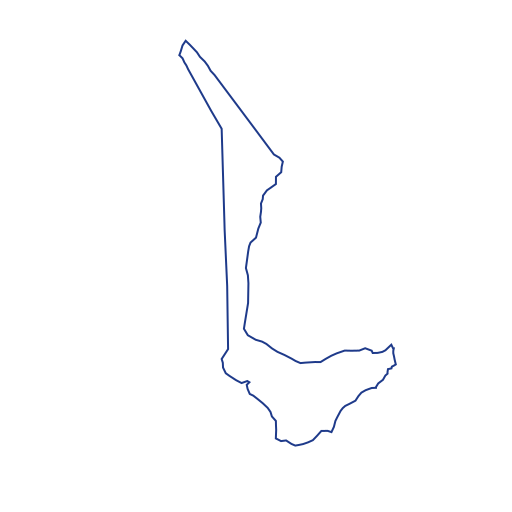 the district of Androlikou, Paphos, Cyprus, rotated 33°
{"feature_id": "46923920B67350241832672", "entity_name": "Androlikou", "entity_type": "district", "adm_level": 2, "iso_a3": "CYP", "parent_name": "Cyprus", "parent_adm1": "Paphos", "projection": "equal_earth", "projection_center": [32.356, 35.027], "detail": "fine", "context": "isolated", "style": "outline", "palette": "blue", "viewbox_px": 512, "rotation_deg": 33, "n_neighbors": 0, "source": "geoboundaries", "source_scale": "gbopen_adm2", "svg_char_len": 1882}
<svg xmlns="http://www.w3.org/2000/svg" viewBox="0 0 512 512"><g transform="rotate(33 256 256)"><path d="M417.8,256.7L415.9,264.6L414.2,267.6L410.8,271.0L406.7,273.8L404.6,272.4L397.8,273.9L394.1,279.1L387.6,283.5L381.9,287.0L376.7,293.7L373.5,298.6L370.5,304.3L367.9,309.8L363.2,312.8L355.4,318.6L351.6,321.6L346.4,322.5L341.8,322.7L333.8,323.5L326.2,324.7L319.8,324.8L312.6,324.1L307.7,324.5L301.4,326.4L292.3,326.9L285.5,323.6L282.9,317.8L275.0,299.8L264.5,283.0L259.7,276.6L254.1,271.6L250.3,263.5L246.9,256.3L244.9,251.6L244.1,247.7L246.0,240.6L243.0,231.7L241.8,225.4L238.2,220.8L236.1,216.2L234.4,213.1L231.6,209.3L230.7,204.7L229.0,201.5L229.4,195.0L233.5,184.8L229.6,178.7L231.5,172.0L228.9,167.1L227.1,162.2L222.1,160.8L215.7,161.1L186.8,150.4L127.0,128.4L122.7,126.8L117.1,125.4L112.1,122.7L107.0,120.8L100.5,119.5L95.5,117.3L85.9,115.0L79.8,113.8L79.7,119.4L81.4,125.3L82.3,129.1L82.3,129.3L86.7,130.2L90.6,132.7L93.8,134.1L97.3,136.3L139.2,158.6L157.9,168.0L211.9,246.0L215.2,250.8L248.2,296.9L283.3,349.3L283.3,361.1L286.3,363.6L289.1,367.5L294.5,370.8L299.2,371.0L306.9,371.0L313.1,370.4L316.8,365.6L319.2,365.5L318.4,369.1L321.3,372.0L325.9,375.1L329.8,374.6L335.5,375.1L341.9,375.8L348.5,377.0L353.1,378.9L356.7,381.9L362.5,383.5L365.1,387.3L367.6,390.8L372.0,398.2L375.6,397.8L377.8,397.6L381.7,394.3L388.1,394.3L392.2,393.6L394.9,391.1L397.9,388.1L401.1,384.0L404.0,379.5L405.1,373.7L406.1,367.1L411.4,363.6L415.2,362.6L414.4,356.9L412.4,351.0L411.9,346.6L411.3,339.8L411.6,336.3L412.5,333.1L414.9,329.1L418.2,323.2L418.2,317.7L418.8,313.2L421.0,308.9L422.7,306.6L424.9,303.7L428.4,301.2L428.0,300.6L427.9,296.3L429.9,290.7L429.6,285.8L430.4,283.0L429.6,281.9L428.3,279.0L430.8,276.5L430.2,274.8L431.4,272.7L432.3,270.8L428.6,267.3L426.4,265.0L424.1,262.8L422.8,260.8L421.9,258.5L421.4,258.9L417.8,256.7Z" fill="none" stroke="#1e3a8a" stroke-width="2"/></g></svg>